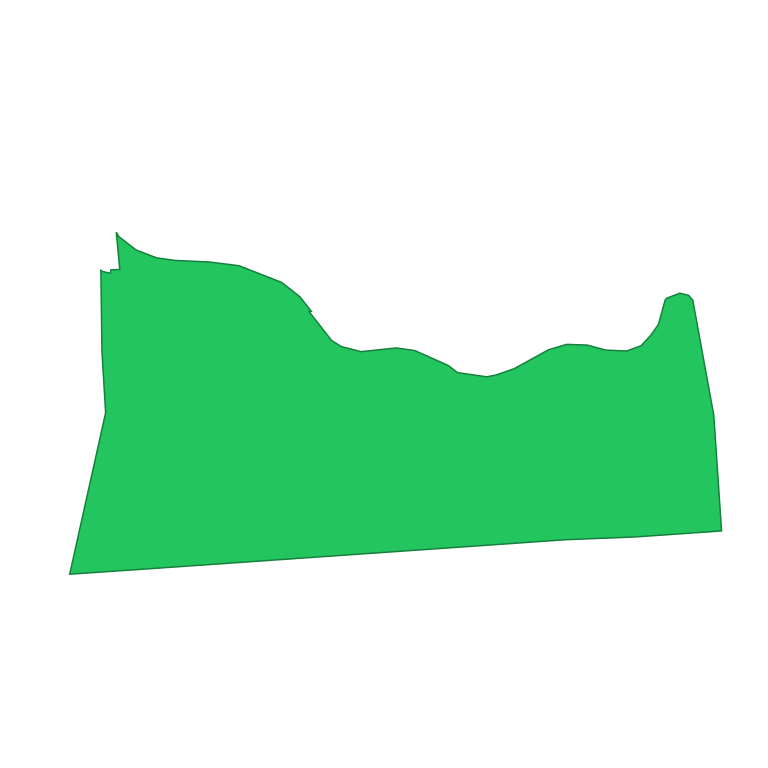 outline of Brooke, West Virginia, United States of America, rotated 86°
{"feature_id": "52423323B34331419978033", "entity_name": "Brooke", "entity_type": "district", "adm_level": 2, "iso_a3": "USA", "parent_name": "United States of America", "parent_adm1": "West Virginia", "projection": "mercator", "projection_center": [-80.613, 40.28], "detail": "fine", "context": "isolated", "style": "filled", "palette": "green", "viewbox_px": 768, "rotation_deg": 86, "n_neighbors": 0, "source": "geoboundaries", "source_scale": "gbopen_adm2", "svg_char_len": 797}
<svg xmlns="http://www.w3.org/2000/svg" viewBox="0 0 768 768"><g transform="rotate(86 384 384)"><path d="M322.1,70.1L316.9,73.8L314.0,82.5L318.2,96.1L319.9,97.7L343.9,106.2L353.9,114.4L363.7,124.8L368.0,139.5L365.7,160.2L359.3,178.7L357.2,199.2L357.3,199.5L361.4,217.7L377.8,253.1L382.8,271.4L384.0,280.9L377.8,309.8L370.1,318.5L352.8,350.9L348.9,369.2L350.1,404.6L343.7,423.9L337.1,433.1L306.7,453.6L306.5,451.4L291.2,461.7L275.6,478.9L256.0,520.1L250.2,549.1L246.1,584.1L242.3,602.1L233.0,622.0L218.4,638.3L213.9,640.5L251.4,639.6L251.0,648.3L254.5,649.3L252.0,657.1L250.8,658.5L331.7,663.1L393.3,663.7L480.7,689.7L551.8,710.8L551.9,675.3L551.9,675.2L552.0,245.2L552.0,214.3L554.1,143.8L554.1,59.6L554.1,57.5L438.2,57.2L322.1,70.1Z" fill="#22c55e" stroke="#15803d" stroke-width="1.5"/></g></svg>